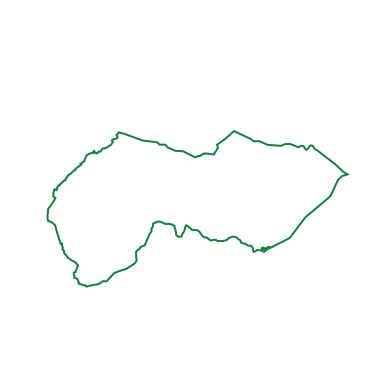 outline of Tominian, Ségou, Mali, rotated 61°
{"feature_id": "8926073B14979931376640", "entity_name": "Tominian", "entity_type": "district", "adm_level": 2, "iso_a3": "MLI", "parent_name": "Mali", "parent_adm1": "Ségou", "projection": "robinson", "projection_center": [-4.333, 13.322], "detail": "fine", "context": "isolated", "style": "outline", "palette": "green", "viewbox_px": 384, "rotation_deg": 61, "n_neighbors": 0, "source": "geoboundaries", "source_scale": "gbopen_adm2", "svg_char_len": 4412}
<svg xmlns="http://www.w3.org/2000/svg" viewBox="0 0 384 384"><g transform="rotate(61 192 192)"><path d="M252.0,47.4L247.9,49.9L236.8,53.4L216.3,62.3L213.8,63.7L210.2,64.0L209.0,65.1L208.8,66.7L209.5,68.0L210.6,70.6L210.3,71.8L208.9,72.1L206.7,72.1L205.4,72.7L204.5,74.5L204.5,75.9L204.3,77.5L200.0,80.7L197.3,83.3L195.1,87.8L194.8,91.7L187.4,103.0L180.4,108.3L177.4,113.5L173.7,115.2L171.5,116.8L159.1,125.7L161.6,136.7L162.8,147.2L165.7,147.8L167.3,150.1L169.7,154.8L164.4,162.1L164.1,165.2L164.4,167.9L163.2,169.6L163.5,172.2L152.1,180.0L147.7,186.8L141.0,191.8L137.7,192.4L134.9,197.2L131.5,198.6L123.5,209.6L122.8,210.4L107.6,223.6L104.4,227.2L104.9,228.0L105.6,230.5L108.0,230.4L108.6,232.0L107.7,236.0L107.9,236.6L108.1,237.1L109.9,236.9L111.5,240.2L111.8,246.6L111.0,248.2L110.7,248.8L110.9,249.6L111.5,250.7L112.2,251.9L112.2,253.0L111.3,253.7L112.3,256.3L110.4,257.5L110.6,258.5L108.8,257.9L109.4,260.6L108.8,262.8L108.8,266.1L111.4,269.8L112.9,271.2L113.2,275.7L114.4,275.5L114.6,277.6L115.2,282.5L116.3,283.7L115.9,284.7L116.2,285.6L117.3,290.0L117.2,291.8L118.5,294.3L119.3,296.3L120.1,296.9L120.5,297.6L119.9,298.4L120.6,300.4L121.1,303.1L121.7,303.8L121.5,305.5L123.3,308.5L124.1,308.7L124.6,309.8L123.1,310.6L123.4,311.6L125.5,313.4L126.8,314.5L128.2,315.2L129.3,315.2L131.1,314.4L134.5,320.2L137.0,326.0L141.2,328.7L142.5,329.8L144.9,331.0L147.4,331.9L150.4,329.4L154.4,327.8L161.0,329.4L173.5,331.9L173.4,331.3L173.5,330.9L173.8,330.6L174.6,330.6L175.2,331.3L175.8,331.6L176.8,331.9L177.6,331.9L178.4,332.1L178.7,332.5L179.3,333.1L180.0,333.1L180.7,332.6L181.1,332.5L182.1,332.7L182.8,333.3L183.4,333.5L184.6,333.2L186.1,332.8L188.7,332.4L189.4,332.5L190.6,331.7L193.4,330.5L194.5,329.7L195.2,329.2L197.4,328.0L200.9,327.2L201.3,327.5L202.1,328.7L203.8,330.7L205.1,332.1L205.5,332.5L205.2,333.6L205.4,334.7L205.9,334.9L207.3,335.2L208.5,335.7L209.3,336.3L209.9,336.6L210.7,336.0L211.5,335.2L211.9,335.0L212.5,334.6L214.1,334.5L215.1,334.7L215.6,334.7L216.0,334.7L216.7,335.0L217.1,335.5L217.9,334.7L218.8,334.1L219.3,333.2L220.0,332.7L221.0,332.4L221.3,331.7L221.6,330.9L221.7,330.7L222.5,330.2L223.0,330.2L223.5,330.2L223.7,329.7L223.9,329.0L224.1,328.0L224.5,326.3L224.8,325.6L225.7,322.6L226.5,320.5L226.9,319.6L227.1,318.9L227.0,313.6L226.9,312.5L227.7,311.8L228.3,310.9L228.6,309.6L225.5,300.5L225.2,299.4L225.5,297.3L225.7,295.4L227.1,287.8L227.4,287.1L227.0,280.3L226.7,277.0L226.6,276.1L225.5,274.6L225.0,273.5L222.7,272.7L217.5,270.1L217.4,270.1L217.1,269.7L217.0,269.4L216.4,267.7L216.5,266.0L215.7,264.7L215.6,264.3L215.2,263.1L215.3,261.6L215.7,259.6L215.4,258.7L212.8,255.5L209.6,251.3L208.5,249.9L207.7,248.4L206.9,246.9L206.3,246.1L205.2,245.6L204.4,245.3L204.0,244.6L203.9,244.2L203.6,243.4L203.0,242.6L202.0,242.2L201.0,241.6L200.8,240.5L201.1,238.4L201.3,236.8L201.7,235.3L202.5,234.2L203.5,233.5L204.4,232.5L205.7,232.0L206.5,230.9L207.6,230.2L208.0,229.3L208.2,228.3L208.2,228.0L209.4,227.1L209.5,227.1L209.8,226.1L210.5,225.4L211.5,225.2L212.2,224.5L213.0,223.8L215.0,224.4L217.5,225.1L219.7,225.6L220.0,225.7L220.9,226.3L221.8,226.6L223.0,226.3L224.2,225.8L225.2,224.7L225.8,223.2L225.1,221.8L224.0,220.8L222.4,217.7L220.8,216.0L219.3,214.8L218.8,214.0L218.7,213.9L218.3,213.5L218.6,213.0L219.7,212.3L221.3,211.7L222.0,211.5L224.9,210.4L225.6,210.0L226.6,207.9L227.7,206.4L227.9,206.1L229.1,205.2L231.4,204.6L234.5,204.4L236.4,203.9L237.3,203.6L237.7,203.2L238.3,202.0L239.1,201.2L240.8,200.4L241.3,200.2L242.9,199.5L243.7,198.7L244.2,197.0L244.5,195.8L245.5,194.3L246.3,193.9L247.7,193.0L248.0,191.7L249.1,190.1L249.9,188.8L250.0,187.7L250.4,186.6L250.8,185.2L250.5,183.9L250.2,182.2L250.4,179.7L250.8,177.9L251.8,176.4L252.7,175.6L253.3,175.0L254.7,174.5L255.8,174.4L256.7,173.5L257.7,173.3L259.0,173.3L259.8,173.7L260.8,173.2L262.4,171.5L263.5,170.2L265.4,169.5L266.5,168.3L267.0,167.5L267.9,166.3L268.9,165.9L270.8,166.1L271.5,166.6L272.9,166.9L273.9,167.1L274.4,167.0L274.5,166.1L274.4,163.4L274.9,162.2L276.0,160.6L276.6,159.9L277.8,159.1L278.3,158.7L278.5,158.6L278.9,158.3L279.3,157.8L279.0,156.4L278.9,156.2L278.6,154.9L278.4,154.6L278.0,154.9L277.5,155.7L276.8,156.9L276.3,157.9L275.8,158.3L275.3,158.3L274.9,157.7L274.8,157.1L275.6,156.4L276.6,155.6L277.1,154.8L277.3,154.1L277.0,152.4L277.3,151.3L277.8,150.8L278.3,150.5L278.8,151.4L279.6,128.8L269.1,105.1L262.8,72.9L252.3,58.6L250.8,53.1L252.0,47.4Z" fill="none" stroke="#15803d" stroke-width="2"/></g></svg>